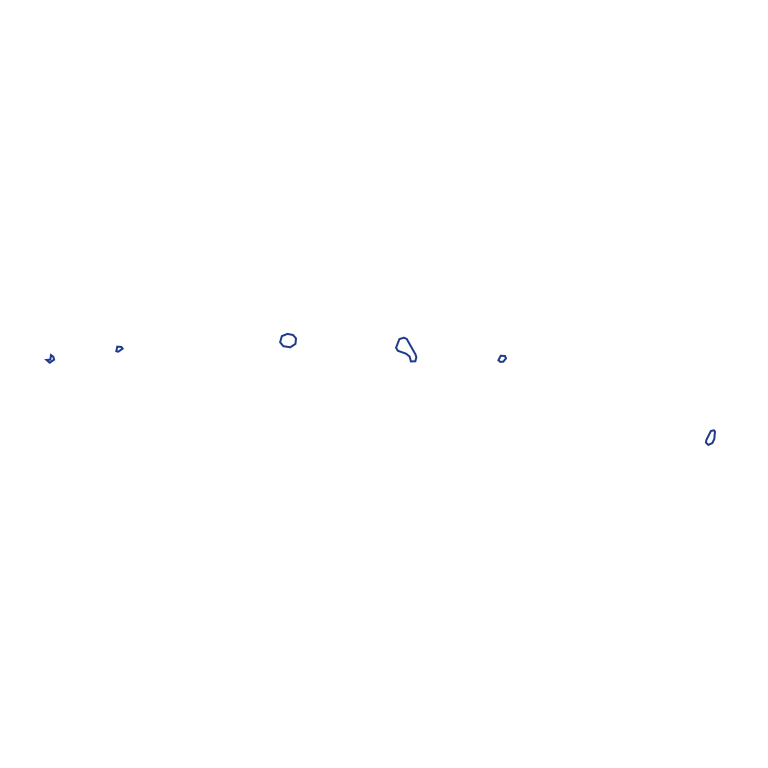 the state/province of Northern Islands, rotated 283°
{"feature_id": "MNP-4940", "entity_name": "Northern Islands", "entity_type": "state/province", "adm_level": 1, "iso_a3": "MNP", "parent_name": "Northern Mariana Islands", "parent_adm1": "", "projection": "albers", "projection_center": [145.557, 18.447], "detail": "coarse", "context": "isolated", "style": "outline", "palette": "blue", "viewbox_px": 768, "rotation_deg": 283, "n_neighbors": 0, "source": "natural_earth", "source_scale": "10m", "svg_char_len": 764}
<svg xmlns="http://www.w3.org/2000/svg" viewBox="0 0 768 768"><g transform="rotate(283 384 384)"><path d="M422.0,387.6L431.2,388.9L433.6,393.0L433.0,396.0L419.8,408.1L417.3,409.5L413.2,409.4L412.0,405.2L416.6,402.7L418.5,398.6L419.5,390.0L422.0,387.6ZM403.2,288.7L398.7,284.5L398.2,277.4L401.3,273.4L407.7,273.7L411.1,278.7L411.3,284.3L408.6,288.0L403.2,288.7ZM411.7,713.1L413.1,715.8L412.0,717.2L404.7,718.2L400.3,717.2L397.6,713.7L399.3,710.9L402.1,710.7L411.7,713.1ZM436.4,497.1L432.6,495.2L431.7,492.4L432.9,490.1L437.8,491.4L438.5,495.6L436.4,497.1ZM333.5,57.1L329.5,53.5L331.5,49.8L332.7,53.4L337.3,53.0L336.1,55.7L333.5,57.1ZM359.7,121.4L355.7,117.8L355.7,115.8L360.4,115.7L361.0,119.7L359.7,121.4Z" fill="none" stroke="#1e3a8a" stroke-width="2"/></g></svg>